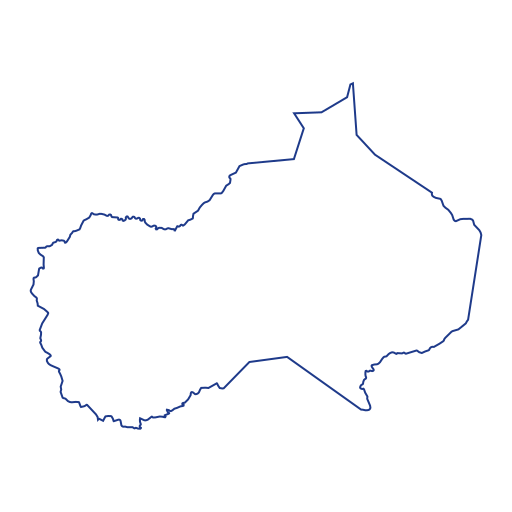 outline of Gualcince, Lempira, Honduras
{"feature_id": "27666195B50739684547416", "entity_name": "Gualcince", "entity_type": "district", "adm_level": 2, "iso_a3": "HND", "parent_name": "Honduras", "parent_adm1": "Lempira", "projection": "orthographic", "projection_center": [-88.598, 14.136], "detail": "fine", "context": "isolated", "style": "outline", "palette": "blue", "viewbox_px": 512, "rotation_deg": 0, "n_neighbors": 0, "source": "geoboundaries", "source_scale": "gbopen_adm2", "svg_char_len": 5975}
<svg xmlns="http://www.w3.org/2000/svg" viewBox="0 0 512 512"><path d="M361.1,409.6L362.8,409.7L365.5,410.3L367.5,410.2L368.8,409.9L369.5,409.4L370.1,408.7L370.4,407.8L370.1,405.7L367.2,398.8L367.4,396.5L365.2,392.7L364.0,389.3L363.4,388.7L362.3,389.0L361.2,388.7L360.4,388.2L360.1,387.4L360.4,386.3L361.0,385.3L361.6,384.8L362.6,384.3L363.0,383.8L363.3,381.8L364.0,380.0L364.7,379.3L365.8,378.6L366.1,378.0L366.1,377.3L365.6,376.0L365.4,374.6L365.4,372.3L365.7,371.0L366.4,370.8L367.3,371.5L368.1,371.6L368.9,371.4L370.1,370.6L372.1,371.1L373.0,370.9L373.6,370.4L373.7,369.9L373.4,369.1L372.3,367.6L371.7,366.5L371.6,365.7L371.9,365.2L374.3,364.5L377.0,364.3L378.4,363.7L380.0,362.2L382.1,359.0L383.6,357.2L384.4,356.7L385.8,356.5L386.5,356.3L388.7,354.0L390.2,353.0L391.7,352.4L392.6,352.3L393.9,352.6L396.3,353.9L396.7,353.8L397.3,353.1L402.0,353.4L403.8,352.6L404.5,352.8L405.4,353.6L406.0,353.7L416.5,350.5L417.2,350.7L419.2,352.2L421.8,353.0L425.3,351.4L428.3,350.4L429.1,349.9L429.9,348.3L430.9,347.3L432.2,346.8L433.9,346.9L439.5,343.7L443.1,341.3L443.8,340.6L444.2,339.3L445.3,337.8L451.5,331.7L452.6,331.1L458.4,329.4L465.8,323.4L466.8,321.5L468.1,319.7L481.3,235.1L480.6,232.5L479.3,230.2L474.2,224.8L473.1,220.7L472.3,219.7L470.3,218.8L463.0,218.9L460.3,219.2L456.1,221.1L455.4,221.1L454.7,220.8L453.7,219.7L452.2,215.1L450.9,213.0L448.3,209.8L445.4,207.7L443.5,205.8L441.7,200.7L440.7,199.1L440.1,198.8L435.9,197.9L433.8,196.9L432.5,195.9L432.1,195.2L431.8,193.9L432.0,192.7L375.0,154.7L356.6,134.9L352.9,83.3L350.4,84.5L347.1,97.2L321.5,112.3L294.1,113.3L303.8,128.3L293.9,159.1L247.8,163.4L246.6,164.0L244.7,164.1L243.2,164.5L239.5,166.1L235.9,172.6L231.1,174.8L229.7,175.6L229.3,176.5L229.3,177.3L229.7,178.0L230.4,178.6L230.5,179.7L230.0,182.9L228.7,184.1L226.2,185.7L223.2,191.1L221.7,193.0L220.9,193.4L214.9,193.4L213.8,193.9L212.9,194.9L209.6,200.2L207.5,201.6L205.0,202.4L203.7,203.2L201.9,205.0L199.8,207.5L198.0,210.7L193.5,213.7L193.0,216.1L192.9,218.0L192.7,218.5L190.3,219.7L188.2,220.3L184.8,224.4L183.3,225.5L182.7,225.5L182.0,224.9L181.3,224.7L180.7,225.0L179.9,226.1L179.2,226.5L178.5,226.6L177.6,226.2L177.2,226.3L175.0,230.5L174.5,230.4L174.3,229.5L173.9,229.1L171.5,229.1L168.5,228.2L167.4,228.4L166.0,229.2L165.0,229.4L163.7,229.1L161.7,227.9L159.4,227.8L158.3,228.1L157.1,229.3L156.2,229.4L155.7,228.7L156.3,227.2L156.2,226.6L155.8,226.1L155.1,225.7L154.4,225.6L153.6,225.7L151.7,226.7L150.8,226.7L149.9,226.3L147.2,224.6L145.3,222.6L144.8,221.6L144.6,219.8L144.0,219.0L143.1,219.0L142.3,220.4L141.8,220.7L141.2,220.7L140.3,220.1L140.0,218.6L139.3,217.9L138.3,217.8L136.9,218.6L136.0,218.7L135.2,218.3L134.4,217.0L133.7,216.7L132.7,216.8L131.5,218.4L130.2,218.9L129.5,218.8L128.8,218.4L127.7,216.6L127.2,216.4L126.6,216.5L125.8,217.4L125.9,218.8L125.6,219.6L124.5,220.5L123.3,220.9L122.6,220.5L122.3,219.3L121.6,218.8L120.8,218.8L119.9,219.8L119.1,219.9L118.5,219.7L118.2,219.3L118.1,217.9L117.6,217.5L112.1,217.1L111.5,216.5L111.0,215.0L110.2,214.5L109.2,214.6L108.2,215.7L107.3,215.9L106.5,215.7L104.5,214.6L101.6,213.9L99.7,213.8L97.4,214.5L96.0,214.6L93.9,214.3L92.3,213.2L91.9,213.1L91.2,213.6L90.6,215.3L89.2,217.6L86.3,219.3L84.3,220.2L83.6,220.7L81.1,225.5L80.2,228.1L79.5,229.4L76.4,230.7L74.7,231.2L73.5,231.2L73.0,231.5L72.1,232.9L70.4,234.7L69.8,236.9L66.9,241.5L65.9,242.5L65.4,242.7L64.9,242.6L64.5,241.3L63.8,240.7L61.6,240.3L59.3,240.7L58.8,240.4L58.3,239.7L57.6,239.6L57.0,240.0L56.7,240.9L56.2,241.6L55.3,242.1L53.3,242.7L52.8,243.3L52.1,244.8L50.2,246.0L49.3,246.3L47.8,246.2L46.9,246.3L46.2,246.7L45.6,247.5L45.2,247.7L38.9,247.9L38.1,248.0L37.7,248.4L37.8,250.5L38.8,253.0L40.5,254.6L43.0,256.2L43.8,257.3L43.6,264.5L43.9,268.0L43.6,268.5L43.0,268.6L42.1,267.7L41.2,267.5L39.3,268.5L39.1,268.9L38.0,275.4L36.1,277.2L35.4,277.5L34.2,277.6L33.7,278.0L33.5,278.9L33.8,281.3L33.5,284.5L30.9,289.7L30.7,290.9L31.1,292.2L32.1,293.6L34.3,296.0L36.3,297.5L36.8,298.2L36.9,298.8L36.7,300.5L37.6,303.4L37.8,305.7L44.0,309.0L47.0,311.6L48.1,312.7L48.2,313.2L47.6,314.8L42.2,323.4L39.7,330.0L39.8,330.7L40.8,331.6L41.1,332.5L41.0,334.8L40.3,338.2L41.0,339.9L41.1,340.7L40.9,341.3L40.2,342.1L40.2,342.7L41.3,344.9L42.3,347.7L45.0,351.4L45.5,351.9L47.3,352.8L49.4,354.1L50.2,354.8L50.7,355.5L50.7,356.0L50.4,356.3L47.3,358.7L46.9,359.3L46.9,361.0L47.9,362.9L48.9,364.0L50.5,365.1L52.9,366.2L57.8,368.3L58.9,368.9L59.5,369.5L59.5,370.1L58.9,371.0L59.0,371.7L60.3,374.2L61.3,376.5L62.6,380.9L60.7,386.6L61.2,389.5L60.6,391.9L62.6,397.6L63.3,398.1L64.7,398.4L65.6,398.8L67.9,401.1L69.8,402.0L71.7,402.3L75.7,401.9L78.8,402.1L79.2,402.7L80.4,406.0L81.0,407.0L84.0,406.3L85.3,405.7L86.5,404.8L87.1,404.9L96.0,414.4L97.6,417.0L98.0,419.7L98.7,418.9L99.2,418.8L103.1,420.8L105.2,416.8L105.5,416.4L108.2,416.0L110.9,416.1L111.6,416.5L112.7,418.4L113.2,419.5L113.5,420.9L113.8,421.2L118.3,419.7L119.4,419.7L120.0,420.0L120.4,420.5L120.7,421.6L121.4,425.3L121.9,426.0L122.6,426.5L123.4,426.7L125.1,426.6L127.4,427.2L132.5,427.2L134.3,428.3L134.8,428.3L135.9,427.8L138.1,428.6L140.3,428.7L140.8,428.3L140.9,427.8L139.9,427.0L139.7,426.2L139.9,425.5L140.7,424.7L140.8,424.2L140.0,421.8L139.9,419.7L140.1,418.3L144.2,420.2L145.3,420.4L146.7,420.1L147.9,419.6L151.6,416.7L152.0,416.7L152.8,417.4L153.3,417.5L155.4,417.4L159.8,416.5L162.3,416.7L164.3,417.2L165.2,417.2L165.5,416.6L164.6,415.9L164.7,415.3L168.7,413.7L169.1,413.4L169.0,413.0L168.2,412.5L167.7,412.0L166.8,410.0L166.9,409.7L168.8,410.1L170.1,411.0L170.9,411.1L172.4,410.3L174.4,408.7L177.0,407.9L180.4,406.4L182.7,406.0L183.5,405.7L183.7,404.9L183.4,404.6L182.4,404.3L182.3,403.8L182.4,403.4L183.1,402.9L184.3,402.8L184.9,402.6L188.1,399.4L190.6,395.2L190.8,393.3L191.2,392.4L191.6,392.1L192.1,392.1L193.1,392.5L195.0,394.1L195.7,394.2L196.7,394.0L197.9,393.4L198.9,392.4L200.1,389.6L201.2,387.9L205.6,387.7L208.4,388.0L216.8,383.3L217.1,383.5L218.1,385.6L219.7,388.0L222.4,388.5L223.7,388.3L249.4,362.0L287.1,356.9L361.1,409.6Z" fill="none" stroke="#1e3a8a" stroke-width="2"/></svg>